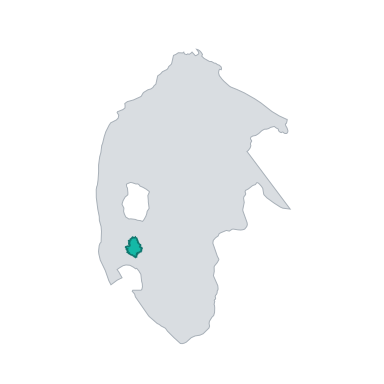 location of Amajuba, KwaZulu-Natal, South Africa, rotated 145°
{"feature_id": "47623444B66034573524186", "entity_name": "Amajuba", "entity_type": "district", "adm_level": 2, "iso_a3": "ZAF", "parent_name": "South Africa", "parent_adm1": "KwaZulu-Natal", "projection": "equal_earth", "projection_center": [30.451, -27.741], "detail": "fine", "context": "in_parent", "style": "filled", "palette": "teal", "viewbox_px": 384, "rotation_deg": 145, "n_neighbors": 0, "source": "geoboundaries", "source_scale": "gbopen_adm2", "svg_char_len": 6789}
<svg xmlns="http://www.w3.org/2000/svg" viewBox="0 0 384 384"><g transform="rotate(145 192 192)"><path d="M256.2,70.8L264.2,69.5L267.7,70.2L272.0,72.3L276.1,73.1L282.8,72.3L285.2,72.7L287.0,73.4L288.4,74.6L290.3,83.0L291.9,92.0L291.9,94.9L292.1,96.1L294.1,99.9L294.8,102.3L295.9,104.2L298.3,113.8L298.6,115.5L298.5,138.6L297.5,141.4L297.9,145.0L296.8,145.5L290.1,140.8L288.9,141.0L287.0,142.7L285.3,145.4L284.5,147.7L281.1,153.9L280.8,157.9L281.1,161.2L282.2,161.4L283.0,163.8L284.9,167.6L287.9,170.1L290.8,171.2L294.8,171.5L297.9,171.4L297.8,168.8L298.5,161.9L303.8,162.7L311.6,162.5L311.0,167.0L308.1,177.3L306.2,188.8L303.9,194.6L302.6,197.0L298.8,201.3L296.8,202.7L295.2,203.1L288.7,211.7L286.3,215.8L284.2,221.8L282.1,225.0L279.0,232.0L273.6,242.3L269.0,249.0L267.0,251.0L265.6,251.9L262.0,255.8L257.0,262.0L253.1,267.6L247.4,273.8L244.0,276.6L239.1,282.0L237.7,282.8L232.0,287.8L228.0,290.8L221.5,294.3L218.9,295.3L212.6,294.4L210.0,294.9L207.9,297.0L207.8,300.0L206.9,300.5L201.1,299.1L198.7,299.3L197.4,300.9L196.3,303.0L193.1,303.1L187.2,301.0L180.3,299.7L178.7,299.5L175.4,301.1L174.2,301.3L169.4,301.0L166.6,300.0L164.1,300.0L162.1,300.8L159.7,301.1L153.5,306.8L150.1,306.8L147.3,307.5L142.2,306.7L140.7,307.1L139.2,308.1L135.7,308.5L134.4,309.4L128.8,314.5L126.4,314.0L123.3,313.9L119.8,311.2L118.5,311.3L118.8,310.5L118.8,309.1L117.5,307.6L116.2,307.6L115.4,306.4L113.4,306.3L111.7,306.6L111.1,301.8L110.3,301.4L108.2,301.3L107.2,301.4L106.8,301.9L106.3,303.0L106.4,306.3L105.6,305.4L104.7,303.4L104.4,301.2L104.5,298.7L106.1,297.7L105.5,294.5L102.8,288.9L101.2,287.7L99.9,284.9L98.7,283.8L98.1,281.8L96.9,280.2L96.4,277.7L97.0,276.2L97.9,275.4L99.0,276.7L100.2,276.2L101.9,274.4L102.9,271.6L102.7,267.1L102.3,264.3L100.6,257.1L99.8,255.4L96.4,250.2L92.3,243.2L87.1,232.2L84.5,225.6L80.4,212.2L77.0,204.5L72.9,197.4L72.4,196.9L73.0,196.1L74.9,194.4L75.8,194.0L76.3,194.2L76.8,193.7L77.2,192.6L77.4,190.1L78.2,187.4L79.0,186.3L80.8,185.6L82.2,186.5L82.8,187.5L83.1,188.8L83.7,189.4L84.7,189.4L85.4,190.2L85.9,191.8L85.8,193.0L85.3,193.7L85.4,194.7L86.2,195.9L87.0,198.5L90.7,199.9L92.8,200.0L94.8,200.7L96.7,201.9L99.7,202.2L103.9,201.6L107.4,201.8L110.1,203.0L112.1,203.2L113.3,202.5L113.8,201.4L113.6,200.1L114.2,199.2L115.5,198.8L116.6,197.8L117.3,196.1L119.2,194.7L122.2,193.7L123.7,193.7L121.4,121.7L126.9,126.7L128.3,129.0L131.1,135.8L134.0,144.2L134.6,148.2L134.5,149.1L131.9,154.5L131.9,157.2L132.3,160.4L132.9,162.0L133.8,162.5L135.7,161.7L138.6,162.5L144.2,162.2L147.0,162.6L147.7,162.3L148.4,161.7L149.0,159.8L149.7,159.1L152.3,158.3L153.4,157.2L155.2,153.5L160.6,148.4L161.2,147.2L164.5,135.2L165.5,133.4L167.0,132.3L170.1,131.4L171.9,131.9L173.9,132.9L176.1,134.7L179.5,138.0L180.6,138.5L183.9,138.6L185.9,140.8L192.1,142.2L193.9,142.2L195.8,141.0L198.9,141.0L202.3,140.2L204.3,138.1L208.1,124.9L208.5,121.9L208.9,121.1L212.1,119.6L216.1,118.5L216.9,117.9L219.3,114.2L222.5,111.1L224.6,100.5L226.0,98.0L226.9,96.9L227.5,96.9L228.3,96.2L229.4,94.9L230.7,94.1L232.1,93.8L233.1,92.9L233.5,91.5L234.3,90.8L235.3,90.9L236.0,90.4L236.1,89.4L238.5,87.1L238.6,86.2L239.9,84.0L242.6,80.4L245.1,78.4L247.5,78.0L251.9,76.1L253.5,74.4L254.5,72.1L256.2,70.8ZM249.7,226.2L253.5,224.4L256.4,222.1L257.0,217.9L259.2,215.3L260.0,212.9L260.6,209.6L259.2,206.1L257.5,205.1L254.2,202.1L252.8,200.0L250.8,198.3L249.4,196.3L247.2,196.9L243.7,198.6L241.6,200.1L239.8,201.9L236.5,203.2L233.5,208.9L232.6,210.2L230.2,214.4L226.8,216.5L226.8,217.2L227.9,220.6L229.5,224.0L231.2,226.7L231.2,228.4L231.8,229.8L233.3,230.7L235.8,234.1L237.1,235.2L240.9,236.0L241.4,235.8L242.5,233.8L242.6,232.3L245.1,227.9L246.2,226.5L249.7,226.2Z" fill="#d9dde1" stroke="#a8b0b8" stroke-width="1"/><path d="M275.9,171.8L275.7,171.8L275.6,171.6L275.6,170.7L275.1,170.8L274.7,170.7L274.7,171.1L274.7,171.5L274.1,171.3L273.7,171.6L273.4,171.9L273.4,172.3L273.4,172.6L272.9,172.7L272.8,172.9L272.7,172.6L272.2,172.4L272.1,172.6L271.9,172.8L271.8,173.0L271.7,173.0L271.6,173.3L271.4,173.5L271.0,173.0L270.6,172.6L270.3,172.6L270.1,172.9L270.0,173.0L269.9,173.0L269.7,173.1L269.3,173.0L269.0,172.7L268.7,172.6L268.1,172.4L268.0,172.7L267.9,173.0L267.7,173.0L267.7,172.9L267.4,172.9L267.1,172.8L266.9,173.1L266.9,173.3L266.7,173.5L266.7,173.8L266.6,174.2L266.4,174.3L266.2,174.3L265.8,174.1L265.5,174.2L265.2,174.5L265.2,174.8L265.4,175.0L265.1,175.2L265.1,175.4L265.1,175.5L265.3,175.7L265.5,175.6L265.8,175.7L265.8,175.8L265.9,176.0L266.0,176.1L266.1,176.3L266.2,176.6L266.1,176.9L266.2,177.1L265.8,177.2L265.7,177.3L265.4,177.4L265.4,177.5L265.2,177.7L265.3,177.7L265.2,177.7L265.2,177.8L264.9,178.0L264.7,177.9L264.6,178.1L264.6,178.3L264.5,178.5L264.7,178.8L264.9,179.0L265.0,179.1L265.1,179.4L265.1,179.5L265.1,179.9L265.0,180.0L265.0,180.3L265.1,180.5L265.2,180.8L265.1,181.0L265.3,181.0L265.4,181.3L265.2,181.3L265.0,181.5L264.9,181.5L264.9,181.8L265.0,182.1L264.8,182.2L264.8,182.3L264.8,182.6L264.7,182.7L264.7,182.8L264.8,182.8L264.7,183.1L264.6,183.3L264.4,183.4L264.3,183.5L264.5,183.8L264.6,184.1L264.4,184.1L264.3,184.3L264.0,184.8L264.1,185.3L263.8,185.9L264.0,186.3L264.3,186.7L264.3,186.9L264.4,187.4L264.3,187.6L264.6,187.6L264.6,187.4L264.8,187.4L265.0,187.4L265.4,187.4L265.5,187.5L265.9,188.0L266.5,188.2L266.3,188.3L266.4,188.8L266.6,188.7L266.4,188.9L266.6,189.1L266.8,189.0L267.0,189.1L267.3,189.0L267.6,188.8L267.9,188.7L268.2,188.8L269.2,188.5L269.3,188.6L269.6,187.9L270.1,188.2L270.4,188.2L271.3,188.4L271.2,187.9L271.2,187.5L271.4,187.6L271.5,187.8L271.7,188.0L271.8,188.1L272.0,188.1L272.0,187.8L272.1,187.2L272.3,187.0L272.3,186.9L272.1,186.8L272.2,186.5L272.2,186.3L272.8,186.4L273.1,186.5L273.3,186.0L273.4,185.9L273.5,185.8L273.1,185.6L272.9,185.1L272.9,184.9L273.1,184.5L273.5,184.6L273.8,184.5L273.9,184.3L273.9,184.2L273.7,184.2L273.7,183.6L274.5,183.7L275.0,183.6L275.6,184.4L276.0,184.7L276.4,184.7L277.1,185.0L277.6,185.1L277.7,184.9L277.8,184.9L277.8,184.7L277.8,184.4L277.9,184.2L278.0,184.2L278.1,183.9L278.0,184.0L278.0,183.9L278.0,183.7L278.1,183.8L278.1,183.7L277.9,183.6L277.8,183.4L277.8,183.2L277.8,182.9L277.9,182.7L278.0,182.6L277.9,182.6L278.0,182.6L277.9,182.5L278.0,182.5L277.9,182.5L277.9,182.4L278.0,182.4L277.9,182.2L278.0,182.2L277.9,182.2L278.0,182.1L278.0,181.9L278.1,181.7L278.3,181.6L278.3,181.4L278.5,181.3L278.5,181.2L278.6,180.8L278.5,180.7L278.4,180.3L278.3,180.1L278.5,179.9L278.6,180.0L278.8,180.0L279.0,180.1L279.5,180.0L279.5,179.9L279.4,179.7L279.5,179.7L279.4,179.5L279.4,179.4L279.2,179.3L279.2,179.1L279.1,178.0L278.3,177.9L278.4,177.7L278.7,177.2L278.3,176.4L278.3,176.2L278.0,175.8L277.9,175.2L277.3,174.9L276.9,174.6L276.8,174.4L276.9,173.8L276.5,173.5L276.4,173.6L276.6,173.1L276.3,172.7L276.4,172.4L276.4,172.1L276.2,172.1L276.1,172.3L275.9,172.5L275.8,172.4L275.9,171.8Z" fill="#14b8a6" stroke="#0f766e" stroke-width="1.5"/></g></svg>